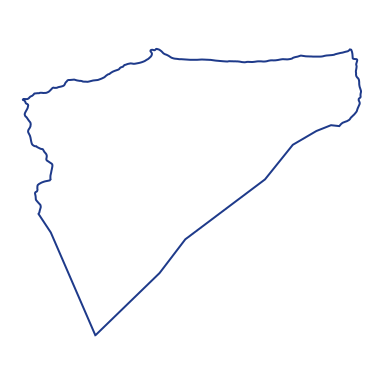 the district of Santa Fe, Colón, Honduras
{"feature_id": "27666195B82036397342560", "entity_name": "Santa Fe", "entity_type": "district", "adm_level": 2, "iso_a3": "HND", "parent_name": "Honduras", "parent_adm1": "Colón", "projection": "natural_earth1", "projection_center": [-86.12, 15.827], "detail": "fine", "context": "isolated", "style": "outline", "palette": "blue", "viewbox_px": 384, "rotation_deg": 0, "n_neighbors": 0, "source": "geoboundaries", "source_scale": "gbopen_adm2", "svg_char_len": 5535}
<svg xmlns="http://www.w3.org/2000/svg" viewBox="0 0 384 384"><path d="M351.2,49.8L350.8,49.8L350.0,49.4L349.4,50.0L348.9,50.5L348.1,51.1L347.6,51.3L345.4,51.8L342.6,52.6L340.3,53.0L337.0,53.8L335.4,54.2L334.2,54.7L333.8,54.8L331.7,55.1L326.6,55.5L324.8,55.8L322.9,56.3L321.5,56.5L320.1,56.6L315.7,56.6L313.7,56.6L313.0,56.6L311.6,56.5L308.1,56.4L305.8,56.3L303.0,55.9L301.0,55.6L300.8,55.6L299.8,55.9L297.7,56.6L295.3,57.1L293.6,57.6L292.9,57.9L292.1,58.5L291.5,58.7L290.3,59.0L288.3,59.3L287.1,59.4L285.5,59.3L283.2,59.2L282.4,59.2L280.4,59.5L277.9,60.0L275.6,60.3L273.7,60.4L272.4,60.3L271.8,60.3L271.1,60.3L269.9,60.5L268.7,60.7L266.9,61.2L265.7,61.4L264.6,61.5L262.8,61.5L260.6,61.3L258.8,61.3L257.2,61.4L254.5,61.8L252.4,62.0L251.5,62.0L249.2,61.9L246.9,61.9L246.5,62.0L245.5,62.2L244.2,62.3L243.5,62.2L242.1,62.1L239.5,61.6L237.5,61.4L232.8,61.3L229.3,61.2L228.5,61.3L227.4,61.5L226.9,61.5L225.2,61.4L222.4,61.2L215.7,60.6L210.7,59.9L208.4,59.8L201.8,59.5L197.1,59.8L190.1,59.8L181.4,59.2L180.3,59.2L179.2,59.2L178.0,59.0L176.4,58.8L175.1,58.7L174.0,58.5L173.2,58.3L172.4,58.0L171.7,57.8L171.0,57.4L170.2,56.9L169.5,56.4L168.7,55.9L168.2,55.6L166.6,54.8L164.9,54.2L164.2,53.8L163.7,53.5L163.4,53.3L161.4,51.2L159.6,49.9L158.8,49.5L157.1,49.0L156.7,48.9L156.1,49.0L155.3,49.8L154.9,50.0L154.6,50.2L154.3,50.2L154.0,50.2L152.6,49.8L152.2,49.8L151.3,49.9L151.0,50.1L150.8,50.2L150.6,50.4L150.5,50.7L150.5,51.0L150.5,51.3L151.0,51.9L151.6,52.8L151.8,53.2L151.9,53.4L151.9,54.1L151.8,54.7L151.6,55.3L151.3,55.9L151.0,56.3L150.7,56.7L148.4,58.8L148.1,59.0L147.4,59.4L146.8,59.7L145.4,60.6L144.6,61.1L143.4,61.6L141.8,62.2L140.1,62.7L138.8,63.0L135.1,63.7L134.2,63.8L133.4,63.8L131.8,63.5L130.5,63.4L128.0,63.9L126.8,64.3L125.5,64.8L124.5,65.0L124.3,65.2L123.9,65.6L123.5,66.0L123.1,66.6L120.9,67.4L120.6,67.5L119.9,68.1L119.3,68.9L119.0,69.2L118.5,69.5L118.1,69.7L114.6,70.9L112.5,71.8L111.6,72.4L110.9,72.8L110.3,73.2L109.8,73.7L109.4,74.0L109.0,74.1L108.2,74.3L107.5,74.7L106.1,75.7L104.8,76.9L104.1,77.4L101.6,78.6L98.4,79.8L97.7,80.0L93.1,80.5L88.7,81.6L88.1,81.7L87.6,81.8L85.9,81.7L83.1,81.6L82.8,81.5L82.3,81.3L81.9,81.1L80.9,80.9L79.9,80.9L76.9,80.4L75.2,79.9L74.6,79.7L74.1,79.6L73.1,79.7L71.1,79.9L69.7,80.0L68.6,80.0L68.3,80.1L67.9,80.2L67.4,80.5L67.2,80.8L66.7,81.5L66.0,82.1L65.6,82.6L65.2,83.3L64.9,84.0L64.7,84.4L64.4,84.9L64.2,85.2L63.7,85.6L63.0,86.0L61.7,86.4L60.5,86.7L59.0,87.0L58.2,87.2L57.1,87.7L56.6,87.8L55.8,87.9L55.0,87.9L54.4,87.9L53.8,87.7L53.5,87.7L53.2,87.7L52.9,87.8L52.7,87.9L52.4,88.1L50.7,89.9L49.7,90.9L49.0,91.5L48.6,91.8L47.8,92.2L46.9,92.6L46.3,92.8L45.6,92.9L42.9,93.0L42.6,92.9L42.1,92.8L41.8,92.8L40.2,92.8L39.7,92.9L39.3,93.1L39.1,93.2L37.6,93.2L34.6,93.5L34.2,93.7L34.0,94.0L33.7,94.4L33.0,95.1L32.4,95.6L31.8,96.0L31.5,96.1L31.0,96.3L30.4,96.6L29.3,97.6L28.9,98.2L28.5,98.4L28.0,98.8L27.5,99.0L26.9,99.1L26.5,99.1L23.9,99.0L23.5,99.0L23.2,99.2L23.1,99.4L23.0,99.5L23.2,99.8L23.2,100.1L23.6,100.2L24.0,100.3L24.3,100.5L24.5,100.7L25.2,101.6L25.5,102.5L25.9,103.3L26.2,103.5L26.7,103.8L27.4,104.1L27.7,104.4L28.0,104.7L28.1,105.2L28.2,105.6L28.1,105.9L27.6,108.1L27.0,109.3L25.8,111.4L25.1,112.8L24.9,113.3L24.8,113.8L24.7,114.1L24.7,114.4L24.8,114.8L24.9,115.2L25.3,116.1L25.6,116.5L26.3,117.0L27.0,117.9L28.4,120.0L29.3,121.2L30.2,122.3L30.4,122.7L30.5,123.0L30.6,123.5L30.7,124.4L30.4,126.5L29.6,128.1L28.9,129.1L28.4,130.0L28.3,130.3L28.2,130.7L28.1,131.1L28.1,131.6L28.2,132.2L28.5,132.9L29.7,135.2L30.0,135.9L30.2,136.6L30.5,137.7L31.1,141.0L31.6,143.0L32.0,144.1L32.3,144.5L32.7,145.0L33.3,145.4L33.9,145.8L34.6,146.1L35.4,146.3L35.6,146.3L36.1,146.2L36.3,146.3L36.6,146.5L36.9,146.9L37.2,147.1L40.4,148.7L41.5,149.0L42.4,149.1L42.7,149.2L42.9,149.4L43.2,149.9L44.3,151.8L46.1,153.9L46.3,154.3L46.5,154.8L46.7,155.3L46.7,155.7L46.8,156.2L46.7,156.7L46.6,157.6L46.4,158.5L46.3,159.2L46.4,159.7L46.6,160.1L46.8,160.4L47.0,160.6L49.0,161.9L50.3,162.8L51.7,163.7L51.9,164.0L52.2,164.3L52.3,164.7L52.4,165.1L52.4,165.9L52.3,166.8L51.8,169.3L51.5,170.6L51.1,172.7L50.7,174.5L50.5,175.3L50.4,176.7L50.4,178.1L50.4,178.7L50.6,179.3L49.7,180.4L47.9,180.8L46.3,181.1L44.9,181.4L43.6,181.8L41.5,182.6L39.0,184.0L37.8,185.0L37.4,186.1L37.4,187.1L37.3,188.2L37.5,189.6L37.3,190.7L36.9,191.4L36.2,191.8L35.5,192.2L35.0,193.1L35.1,193.8L35.6,196.2L35.8,198.9L35.9,199.7L36.7,200.8L38.5,202.9L40.3,204.8L40.7,206.1L40.7,207.4L39.8,210.4L39.3,212.6L38.5,213.9L50.8,232.5L95.3,335.2L95.7,335.0L159.6,273.0L185.3,239.3L265.0,179.4L292.8,144.8L316.4,131.0L331.0,125.2L339.3,126.1L341.1,124.0L342.6,122.8L345.1,121.8L347.1,121.1L349.3,119.8L350.0,119.0L350.5,118.2L350.9,117.6L352.1,116.5L353.3,115.3L354.1,114.6L355.7,112.7L356.4,111.8L356.8,111.1L357.0,110.5L357.3,109.5L357.6,108.6L359.5,104.3L359.6,104.0L359.7,103.4L359.7,102.9L359.6,102.4L359.4,101.8L358.7,100.3L358.7,99.7L358.7,99.2L358.8,98.9L359.0,98.6L359.3,98.3L359.7,98.0L360.0,97.8L360.4,97.4L360.5,97.1L360.6,96.5L360.5,95.4L360.5,94.7L360.6,93.7L360.9,92.4L361.0,91.8L361.0,91.2L360.9,90.6L360.7,90.0L360.3,88.7L359.7,87.0L359.4,85.5L359.2,84.0L359.2,82.4L359.1,81.1L359.0,80.3L358.8,79.7L358.6,79.2L358.3,78.6L358.0,78.2L357.2,77.5L356.6,76.6L356.4,76.2L356.2,75.8L356.1,75.0L356.0,74.4L356.1,73.4L355.9,72.0L355.9,71.0L356.4,68.3L356.6,66.6L356.6,66.2L356.3,65.0L356.2,64.5L356.2,64.1L356.4,63.4L357.1,61.0L357.2,60.4L357.2,60.0L357.1,59.7L356.9,59.5L356.7,59.3L356.6,59.2L353.7,58.9L353.2,58.7L352.8,58.4L352.7,58.1L352.7,57.8L352.4,53.8L352.2,53.0L352.1,52.2L351.7,51.0L351.2,49.8Z" fill="none" stroke="#1e3a8a" stroke-width="2"/></svg>